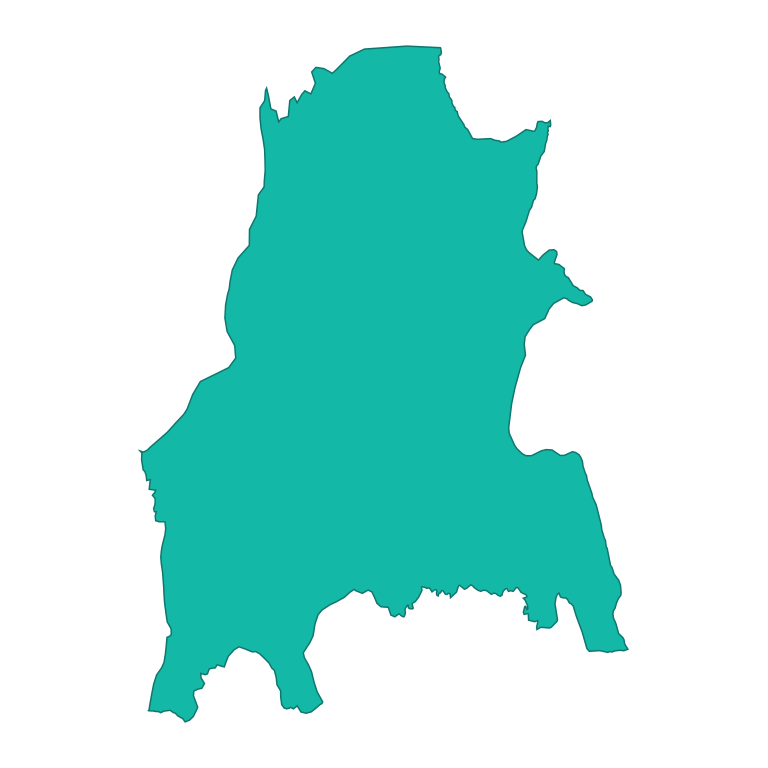 outline of Beyla, Beyla, Guinea
{"feature_id": "49546643B61238663992809", "entity_name": "Beyla", "entity_type": "district", "adm_level": 2, "iso_a3": "GIN", "parent_name": "Guinea", "parent_adm1": "Beyla", "projection": "equal_earth", "projection_center": [-8.173, 8.91], "detail": "fine", "context": "isolated", "style": "filled", "palette": "teal", "viewbox_px": 768, "rotation_deg": 0, "n_neighbors": 0, "source": "geoboundaries", "source_scale": "gbopen_adm2", "svg_char_len": 6096}
<svg xmlns="http://www.w3.org/2000/svg" viewBox="0 0 768 768"><path d="M403.9,616.8L404.6,615.7L404.9,614.7L405.4,612.8L405.0,609.6L405.7,607.7L407.6,605.2L408.2,605.2L408.4,607.8L409.5,608.6L412.4,608.9L413.2,608.2L412.1,604.0L412.9,602.9L415.2,601.7L415.7,601.0L418.6,597.2L422.0,590.4L421.4,587.3L421.9,586.7L425.6,587.6L426.8,588.3L428.8,587.9L429.9,588.5L432.0,591.9L434.8,589.7L436.4,589.9L436.9,591.2L436.5,592.8L436.7,595.0L438.1,596.0L439.0,593.3L440.4,592.9L441.8,590.5L443.3,591.0L445.2,594.1L446.9,594.5L448.4,593.4L450.1,593.7L450.5,597.7L456.5,592.1L458.4,586.1L459.5,585.2L464.5,589.2L466.4,588.4L469.1,586.2L470.7,584.8L472.7,585.9L474.3,587.7L475.6,588.6L478.2,590.4L480.9,591.3L483.3,590.2L486.5,590.6L491.3,594.3L493.8,593.2L495.6,593.4L498.3,595.5L500.4,596.2L502.1,595.0L503.0,591.4L505.7,588.7L506.9,588.6L508.5,591.4L510.7,590.7L513.3,591.3L516.1,587.7L517.8,587.5L521.1,592.4L526.2,594.9L527.0,596.4L526.4,597.2L523.3,598.2L525.0,599.9L527.6,605.7L527.7,609.0L527.0,609.5L525.6,606.3L524.7,606.7L523.4,612.3L524.1,614.4L527.8,613.5L528.3,614.2L528.6,620.2L534.7,621.7L537.6,620.6L537.8,621.7L536.6,627.3L536.9,629.5L540.7,627.3L549.6,628.0L551.4,627.1L556.8,621.6L557.5,620.0L555.0,603.8L556.0,597.6L557.2,594.7L558.9,593.0L560.5,596.9L561.2,597.2L563.1,597.9L565.9,598.0L567.6,599.6L569.3,602.9L571.3,603.9L573.3,606.2L576.3,616.2L582.3,632.4L586.9,648.5L589.3,651.3L599.8,650.6L607.8,652.4L609.9,651.5L612.2,652.0L614.6,650.9L619.8,650.3L623.9,650.7L627.9,649.2L624.7,644.0L624.0,639.8L622.9,637.7L618.6,633.5L616.0,623.9L613.4,617.7L612.9,613.8L613.5,610.6L615.0,608.3L616.5,603.0L618.5,598.4L620.8,595.4L621.1,592.7L620.5,585.2L618.6,580.1L614.1,574.1L612.4,568.7L611.8,567.1L610.6,565.7L607.1,548.0L606.3,547.3L605.4,540.3L604.5,538.7L601.7,529.5L601.3,525.2L597.1,508.4L596.1,504.6L592.6,497.0L591.9,493.4L587.2,480.0L586.5,475.6L585.1,472.8L583.0,466.1L582.4,461.2L580.8,457.4L579.1,454.8L575.7,452.5L572.5,451.7L564.3,455.4L560.1,455.4L552.1,450.0L546.3,449.6L541.4,450.8L531.5,455.7L526.0,455.7L522.3,453.8L516.9,448.7L514.5,445.1L509.2,433.3L508.7,427.6L511.6,403.9L514.9,388.0L520.6,367.5L525.5,355.2L525.3,353.7L524.2,344.4L525.1,336.7L529.5,329.6L533.3,324.7L544.8,318.6L549.0,309.2L550.4,307.4L553.7,303.4L564.0,297.7L567.5,299.1L568.3,300.2L572.6,302.5L577.2,303.6L581.9,305.7L585.8,304.9L592.1,301.2L592.4,299.8L590.5,296.9L585.5,294.4L583.1,290.6L579.8,290.3L577.1,287.7L573.3,285.8L568.3,277.6L565.9,276.4L564.4,274.3L564.0,270.8L564.4,268.7L558.8,264.4L554.8,263.7L554.3,262.4L557.0,254.5L556.6,251.6L554.0,249.7L549.2,250.1L542.8,255.2L538.5,260.1L528.9,252.5L526.3,249.5L525.6,247.8L524.5,245.5L523.3,238.5L522.2,232.6L522.3,230.4L526.1,221.3L529.4,210.5L531.5,207.3L533.5,200.3L535.0,198.9L536.5,193.9L537.4,187.1L537.2,185.3L536.8,183.0L536.8,171.0L536.1,168.1L536.4,166.3L538.2,164.0L539.5,160.2L540.8,156.0L544.2,151.6L545.7,143.1L546.7,140.6L547.3,136.2L548.1,134.4L547.5,133.0L548.3,130.7L547.9,128.6L548.3,126.2L550.2,126.6L550.7,124.9L550.3,120.5L547.4,122.9L544.6,122.7L542.1,121.3L538.0,121.6L537.3,123.3L536.6,127.3L534.9,130.9L534.0,131.3L526.0,129.6L518.1,135.0L516.1,136.3L506.6,141.3L501.0,142.2L499.4,140.9L495.0,140.3L490.6,138.6L477.4,139.3L472.5,138.5L467.6,129.4L464.8,127.2L463.9,124.6L458.2,115.9L457.2,111.6L455.3,110.3L454.7,107.2L453.5,106.5L452.1,103.5L451.8,100.3L449.2,96.6L448.9,93.7L447.2,91.9L445.2,87.6L445.4,86.2L443.9,82.1L444.5,78.9L445.6,77.1L442.0,74.1L439.6,73.6L439.3,71.3L440.2,68.3L438.6,61.5L439.0,59.5L438.6,56.6L439.3,55.3L440.6,54.9L441.4,52.9L440.7,48.1L440.3,47.7L407.0,46.1L364.4,49.1L349.7,56.1L336.9,69.1L332.4,73.3L323.9,68.6L315.9,67.4L311.7,72.0L315.4,83.3L310.9,93.9L304.9,90.8L301.9,94.2L297.1,102.7L294.3,96.9L289.8,100.5L288.3,116.5L281.1,118.7L278.7,121.9L276.1,111.1L270.9,108.9L268.4,95.7L266.6,88.2L265.5,90.5L264.7,100.6L260.0,107.8L260.0,117.9L261.1,128.9L263.1,139.3L264.6,149.4L265.0,160.0L265.2,170.6L264.3,180.8L264.1,186.9L258.4,194.8L256.2,216.2L249.5,229.3L249.3,245.4L238.1,257.9L232.3,270.0L230.0,281.9L229.2,288.7L227.4,295.2L225.6,305.0L224.9,318.0L227.1,331.5L234.7,345.5L235.7,358.1L228.7,367.6L211.1,376.3L200.4,381.5L192.7,394.5L187.2,408.9L184.8,412.8L183.2,415.0L176.1,422.5L167.3,432.3L149.9,447.5L147.5,450.0L145.9,450.9L143.3,452.1L140.1,451.0L141.9,453.0L141.6,459.8L143.2,469.9L144.8,471.4L146.2,475.5L146.7,480.5L150.3,479.6L149.2,489.3L155.6,490.2L154.7,492.6L152.4,495.2L155.1,498.6L155.2,500.7L154.9,505.0L153.6,508.4L154.4,511.7L156.3,511.8L155.2,516.0L155.7,520.7L159.3,521.8L165.0,521.8L165.7,528.6L165.0,534.8L163.4,541.0L162.1,546.5L161.3,551.5L160.8,557.2L161.3,563.5L161.8,566.6L162.6,572.6L163.2,580.4L163.8,588.7L164.0,594.4L164.6,602.8L166.1,614.1L167.2,621.9L171.1,628.8L171.3,634.5L169.4,636.4L167.0,637.3L166.3,645.6L165.4,653.9L164.1,662.1L161.7,667.7L156.6,675.0L153.7,684.1L152.4,690.6L150.3,702.0L149.0,710.0L148.5,710.6L149.1,710.8L151.3,710.9L152.9,710.9L155.7,711.5L158.5,711.6L160.7,712.7L164.0,711.1L170.2,710.3L173.5,712.7L175.1,713.0L176.2,714.1L178.1,716.1L182.7,718.6L185.2,721.9L189.6,720.1L193.4,716.4L196.9,709.2L197.7,707.2L193.5,695.8L193.8,691.1L197.9,689.1L201.8,688.3L204.5,683.5L201.0,677.8L200.8,673.4L205.2,674.7L207.4,673.9L209.2,669.0L212.2,668.1L215.2,667.9L217.2,664.8L221.4,666.2L224.3,666.9L226.1,661.7L228.3,656.2L232.1,652.1L234.2,649.7L239.0,646.8L245.5,649.1L252.3,651.9L255.9,651.6L259.7,653.8L265.1,659.0L269.0,663.0L271.9,668.2L274.4,670.4L276.2,677.4L277.0,684.8L280.6,690.8L280.7,696.9L281.7,704.6L284.1,708.0L286.6,708.8L289.3,708.2L290.6,707.3L293.4,708.9L295.4,707.3L297.2,705.8L300.9,712.0L306.2,713.2L311.2,711.9L316.7,707.5L319.8,704.7L321.9,703.6L322.7,701.9L317.2,692.0L314.0,682.0L311.5,671.7L308.4,664.7L304.3,657.6L303.3,652.8L307.3,646.4L309.5,643.3L311.3,639.6L313.1,635.7L315.0,623.9L318.1,614.7L322.0,610.0L330.2,604.6L336.1,601.9L344.5,597.2L349.4,592.6L354.1,589.4L355.8,590.7L362.3,593.3L368.1,590.1L371.9,591.9L374.6,597.5L377.0,603.4L381.1,606.8L388.3,607.3L390.9,615.1L394.8,616.8L399.1,613.8L401.0,615.5L402.7,616.6L403.9,616.8Z" fill="#14b8a6" stroke="#0f766e" stroke-width="1.5"/></svg>